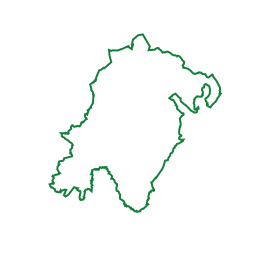 Maravatío, Michoacán, Mexico (Robinson projection), rotated 127°
{"feature_id": "50627088B79499737660914", "entity_name": "Maravatío", "entity_type": "district", "adm_level": 2, "iso_a3": "MEX", "parent_name": "Mexico", "parent_adm1": "Michoacán", "projection": "robinson", "projection_center": [-100.367, 19.89], "detail": "fine", "context": "isolated", "style": "outline", "palette": "green", "viewbox_px": 256, "rotation_deg": 127, "n_neighbors": 0, "source": "geoboundaries", "source_scale": "gbopen_adm2", "svg_char_len": 5811}
<svg xmlns="http://www.w3.org/2000/svg" viewBox="0 0 256 256"><g transform="rotate(127 128 128)"><path d="M113.8,79.0L111.4,79.3L109.5,78.0L105.4,76.3L104.6,76.9L104.0,76.8L105.7,78.9L105.9,80.6L105.5,81.1L103.9,81.3L102.4,80.6L102.0,80.7L101.8,81.4L102.1,83.1L100.5,84.8L97.5,86.5L96.0,86.8L95.8,87.4L94.5,87.4L93.4,88.0L89.2,92.3L85.9,92.3L84.3,91.6L83.5,91.8L83.0,92.7L83.7,93.6L83.7,94.7L83.0,100.6L81.2,101.5L81.1,103.6L80.4,103.6L78.5,108.2L78.4,109.2L78.6,109.5L78.9,109.4L79.2,110.5L79.3,112.9L76.8,112.5L76.4,112.0L75.0,112.2L72.0,110.7L72.9,105.8L72.6,103.7L73.9,103.1L74.7,102.2L75.0,101.3L75.2,97.5L75.0,95.6L76.2,88.2L75.5,83.8L73.9,82.6L72.1,83.7L70.3,83.8L70.1,83.3L69.9,83.4L69.0,84.5L72.4,85.0L73.0,85.6L72.9,86.4L69.6,88.8L68.6,90.6L67.0,90.9L66.3,91.6L65.5,91.7L65.3,92.3L63.0,92.4L61.3,91.5L61.0,91.7L59.3,88.6L58.7,88.5L58.3,88.0L57.7,88.3L57.3,88.1L57.2,88.5L56.7,88.3L56.0,89.0L55.7,88.8L53.8,90.2L53.1,91.8L52.1,92.5L51.4,92.6L50.0,91.8L49.7,92.4L48.7,92.2L47.6,93.0L45.9,92.2L46.0,89.8L45.6,89.2L46.1,87.8L48.4,85.3L51.6,83.3L54.0,83.0L55.9,83.2L58.0,83.8L58.4,83.6L59.7,82.0L60.0,80.6L61.7,79.2L61.2,79.0L61.6,78.8L61.5,78.3L62.5,77.9L62.0,74.6L59.6,74.7L53.4,73.9L50.6,74.4L44.8,74.6L45.4,75.6L43.4,76.4L43.1,77.3L41.9,77.6L40.3,79.1L37.4,85.0L35.4,91.4L34.7,92.5L33.8,92.7L39.1,94.0L39.6,94.6L39.8,95.6L38.5,98.6L39.9,100.6L40.1,102.0L39.7,102.5L40.6,104.5L41.1,105.0L41.8,104.8L42.1,105.6L44.5,106.8L44.6,107.7L45.2,108.6L44.6,112.4L44.5,115.8L46.5,120.1L45.8,120.1L45.3,121.9L43.7,122.2L43.3,121.9L41.3,123.0L41.2,125.1L39.9,128.7L39.9,131.0L40.3,131.7L41.2,131.9L41.0,132.3L41.6,134.1L42.7,135.8L42.6,139.6L43.2,142.5L45.5,144.1L45.8,145.0L47.0,145.7L46.1,148.9L46.3,150.9L45.9,151.2L45.9,152.1L46.7,152.9L49.5,154.0L53.4,158.4L49.8,159.6L44.4,172.5L47.8,175.7L54.4,177.2L57.5,175.8L58.1,174.5L58.7,174.9L58.8,174.0L59.9,174.2L60.3,173.4L60.9,173.6L62.7,172.5L63.0,175.4L62.4,176.6L63.2,177.1L62.9,177.3L67.9,180.0L72.5,183.1L75.2,187.0L76.5,187.8L77.1,190.1L81.2,186.4L85.5,181.0L94.6,182.9L94.7,183.8L97.4,184.4L99.4,185.7L106.3,183.9L108.5,183.1L108.6,182.6L109.4,182.4L109.3,182.8L110.5,182.8L110.5,183.2L111.2,183.1L111.2,182.8L112.3,182.8L112.3,183.4L116.0,184.4L118.8,180.8L119.8,180.4L120.4,177.7L121.7,176.5L121.8,175.7L122.5,175.7L122.9,174.7L123.2,174.9L129.2,171.0L133.8,170.5L134.2,169.7L135.5,170.4L136.0,170.2L138.0,170.7L137.9,170.0L140.2,169.4L140.2,169.2L141.5,169.6L141.4,168.9L141.8,168.7L141.8,169.6L142.7,170.5L144.7,169.3L145.4,167.4L145.2,167.2L145.7,166.4L146.3,166.8L150.4,167.3L150.6,168.2L150.9,168.3L152.0,168.4L152.1,167.9L152.6,167.8L155.8,167.6L156.8,169.6L159.3,171.5L159.5,172.3L159.1,173.7L159.6,174.3L161.3,174.2L162.9,172.9L166.4,173.7L167.8,172.3L168.5,172.2L169.0,173.7L169.3,173.6L169.4,174.8L170.0,174.7L170.1,175.2L170.4,175.2L170.4,175.6L172.5,178.4L172.8,177.1L174.3,176.0L174.5,175.2L174.0,173.0L174.4,171.8L174.3,170.1L173.9,169.3L174.3,166.1L174.0,163.9L174.9,161.7L175.7,162.0L177.6,160.7L180.3,160.9L180.6,160.2L182.1,159.5L182.2,158.6L183.0,158.7L182.8,157.6L183.7,155.9L184.4,155.7L190.7,160.8L191.5,160.2L193.1,160.1L196.0,162.8L198.7,161.9L199.0,161.4L198.7,160.9L201.2,161.0L203.5,159.6L204.9,156.7L205.0,155.1L206.5,155.5L206.5,155.9L208.2,156.7L208.5,157.5L210.9,158.6L211.1,159.3L212.1,159.2L212.1,157.9L212.8,157.1L215.3,156.8L216.2,155.8L216.6,154.2L217.1,154.2L217.5,153.1L217.4,154.0L218.3,155.6L219.1,155.9L220.1,156.7L220.9,155.3L221.7,153.3L221.1,152.6L220.9,149.5L222.2,148.0L222.1,146.8L221.3,146.1L221.4,145.3L220.6,144.0L218.4,144.3L219.1,143.2L218.3,143.3L217.0,142.6L214.9,141.0L214.6,140.1L215.9,140.0L217.5,139.3L218.1,139.5L219.0,138.9L220.1,138.9L220.4,136.7L217.6,135.6L216.3,135.4L207.6,135.4L207.3,133.7L207.4,132.8L207.0,132.9L207.0,132.4L206.5,132.2L206.4,132.0L207.5,132.2L208.0,131.3L208.0,130.7L207.5,130.0L207.8,129.3L207.1,128.4L207.6,127.5L212.1,125.3L213.8,123.7L214.0,122.6L213.1,122.3L213.0,121.3L211.8,120.7L210.7,121.2L210.5,120.9L209.7,121.8L209.4,121.4L209.1,121.9L205.1,123.8L205.1,124.4L203.0,124.6L201.0,123.2L200.8,123.4L200.0,122.0L200.0,121.0L199.5,121.0L200.4,120.6L200.5,119.0L197.2,121.0L196.8,121.9L195.5,122.5L195.0,122.2L194.6,124.1L193.5,123.9L192.7,124.5L192.8,124.8L191.8,124.7L192.1,125.8L190.0,125.4L190.2,126.3L186.8,128.0L186.6,129.1L187.0,129.6L186.3,129.7L186.2,129.1L185.6,129.3L185.6,130.1L184.3,130.3L184.1,131.0L183.0,131.2L180.5,129.6L180.3,129.0L180.9,129.1L180.6,128.4L180.0,128.0L179.6,128.3L179.1,127.7L179.8,127.7L179.1,126.3L176.1,126.7L175.8,125.0L174.5,124.7L174.3,123.1L173.9,122.7L173.3,123.1L172.3,121.8L172.8,121.5L172.8,120.3L173.7,120.2L173.6,119.3L174.5,117.9L174.3,116.4L174.9,116.6L176.0,116.2L175.5,115.6L175.8,114.7L175.6,113.5L176.0,111.9L176.7,111.3L178.6,110.8L177.6,109.1L177.8,107.6L179.1,106.2L179.3,104.9L179.7,104.5L179.4,102.8L180.9,101.9L182.5,101.5L184.6,99.7L184.9,99.1L184.5,97.9L184.6,96.9L185.7,95.4L185.8,94.2L188.1,92.9L189.5,91.3L189.1,90.0L189.0,88.3L189.4,87.4L189.1,87.0L190.4,85.0L191.0,85.4L191.9,83.6L190.8,83.2L191.4,82.5L191.4,82.1L191.0,82.3L190.3,80.8L190.1,79.9L190.4,78.6L189.8,78.0L190.0,77.2L190.8,77.1L190.8,76.3L190.1,76.0L189.8,75.5L190.2,74.7L190.1,73.6L190.6,72.8L189.8,71.8L189.8,71.1L189.0,71.1L189.1,70.0L188.4,69.6L187.4,68.4L187.3,68.7L185.8,68.6L184.0,67.9L183.5,67.2L179.8,66.5L178.4,66.4L178.2,66.8L177.6,66.2L176.8,65.9L176.6,67.6L175.8,68.1L174.1,69.0L173.0,69.1L172.9,68.7L171.4,69.0L171.2,69.8L170.6,70.4L166.5,72.2L165.5,71.8L165.5,71.3L164.0,71.7L162.9,70.8L162.8,69.7L162.0,69.6L161.3,70.3L161.2,71.2L159.7,73.8L158.4,75.1L157.5,76.6L157.0,76.2L151.0,76.0L151.0,75.5L140.1,76.0L138.1,76.4L131.8,78.7L129.6,76.8L127.7,77.7L124.8,77.8L122.7,78.6L121.3,77.9L119.8,78.0L117.7,79.1L116.6,79.3L115.7,79.2L115.6,78.9L114.2,79.5L113.8,79.0Z" fill="none" stroke="#15803d" stroke-width="2"/></g></svg>